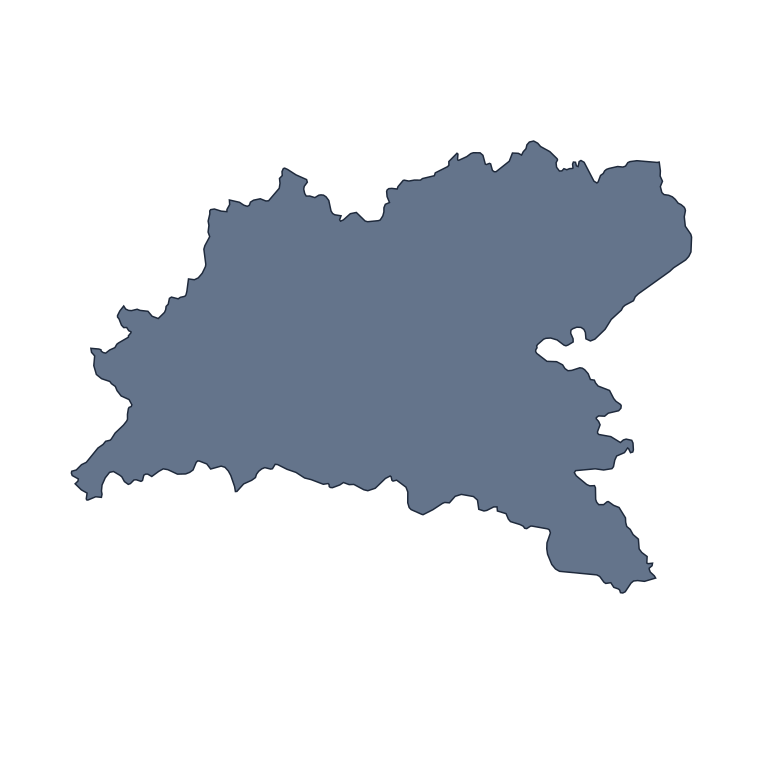 outline of Bihar, rotated 175°
{"feature_id": "IND-3258", "entity_name": "Bihar", "entity_type": "State", "adm_level": 1, "iso_a3": "IND", "parent_name": "India", "parent_adm1": "", "projection": "mercator", "projection_center": [85.594, 25.909], "detail": "fine", "context": "isolated", "style": "filled", "palette": "slate", "viewbox_px": 768, "rotation_deg": 175, "n_neighbors": 0, "source": "natural_earth", "source_scale": "10m", "svg_char_len": 6146}
<svg xmlns="http://www.w3.org/2000/svg" viewBox="0 0 768 768"><g transform="rotate(175 384 384)"><path d="M616.0,316.6L623.4,312.1L627.2,314.8L629.3,315.0L631.2,314.1L633.0,308.9L634.6,308.2L639.2,310.2L641.4,310.2L645.3,306.9L647.5,306.3L651.1,309.4L653.3,314.4L655.1,316.1L661.1,320.4L665.1,319.9L669.9,314.8L673.7,307.9L674.8,302.0L674.5,298.8L675.4,295.7L681.0,296.8L689.1,294.2L690.3,294.5L690.6,295.6L689.3,301.2L694.7,304.9L700.4,311.5L697.3,314.0L696.8,316.1L702.6,320.0L703.2,322.5L702.7,324.3L698.0,325.2L692.4,330.0L687.4,331.9L674.5,345.2L669.1,348.3L666.3,351.2L661.6,351.9L660.4,353.0L656.1,358.6L647.2,365.7L643.6,369.5L642.6,371.2L642.2,376.2L640.8,381.7L640.0,382.9L637.7,383.6L637.0,385.3L639.3,390.7L646.9,395.0L650.5,400.6L651.9,405.0L655.5,408.1L656.9,410.4L664.9,413.9L669.7,418.5L671.5,427.6L669.8,437.2L672.6,441.0L672.9,445.1L665.0,443.7L663.0,442.8L662.8,441.3L661.0,439.8L658.6,439.0L654.3,441.8L648.9,443.7L646.7,446.9L645.0,448.0L634.5,452.9L634.4,454.3L631.6,457.1L631.5,458.1L633.6,459.3L635.4,462.7L638.4,462.9L640.4,465.5L642.3,471.9L643.6,473.9L643.5,475.4L640.8,479.8L636.5,484.4L634.8,481.2L632.1,479.6L629.1,479.1L623.4,480.0L620.6,478.6L612.8,477.0L609.1,471.7L603.2,468.9L596.4,474.5L595.0,477.1L594.3,480.3L592.0,482.3L590.3,488.0L588.2,489.1L581.6,486.8L579.3,488.1L574.8,488.7L573.5,490.0L572.3,493.5L569.6,505.7L563.8,504.4L559.8,505.9L555.4,510.2L551.6,516.6L551.1,518.8L551.7,534.0L550.4,537.4L544.8,546.0L546.0,550.7L544.6,557.2L545.0,561.6L542.7,568.6L542.5,571.6L541.5,572.8L537.7,573.1L531.1,570.4L525.5,569.4L525.2,571.6L522.1,576.2L522.0,580.8L512.1,577.6L508.1,574.4L504.7,572.9L502.5,573.9L501.2,576.8L497.9,578.5L491.1,579.3L485.7,576.6L483.0,576.6L471.3,588.1L470.1,593.0L470.2,597.9L467.2,600.5L467.1,604.5L465.5,607.4L464.1,607.7L461.3,606.1L453.4,600.0L443.3,594.4L442.8,591.7L446.2,587.9L447.0,585.2L446.4,580.7L445.1,578.0L441.5,577.7L436.6,575.7L432.4,577.8L430.3,577.9L427.8,577.4L425.4,575.5L423.0,571.6L421.7,561.1L420.4,558.4L418.4,556.9L412.1,555.3L413.9,551.5L413.1,550.0L410.2,551.0L402.7,556.6L396.6,557.3L388.6,548.0L386.2,547.1L375.4,547.2L373.5,547.7L370.5,551.6L369.1,555.5L368.7,559.6L367.0,562.9L362.7,564.3L364.6,570.4L364.6,575.6L363.9,577.1L362.2,578.2L359.2,578.2L353.9,577.1L352.8,579.5L347.2,585.1L346.0,585.3L341.6,584.0L336.0,584.5L329.9,583.9L327.8,585.3L315.7,587.1L314.5,589.9L301.7,595.0L300.3,596.3L300.0,600.0L291.2,607.5L290.3,606.6L291.1,601.7L290.9,600.6L290.1,600.3L281.7,603.3L277.4,606.0L274.8,606.6L268.1,605.9L265.5,603.2L263.9,594.2L262.9,593.7L259.7,594.6L258.6,594.0L257.4,587.4L255.8,585.9L253.9,585.7L239.8,595.0L235.9,602.9L230.1,602.1L227.0,600.1L225.0,603.3L222.0,606.1L220.8,609.8L218.1,612.4L213.7,613.0L209.9,610.5L207.3,606.9L198.5,601.0L191.9,593.3L191.6,592.1L193.3,589.4L193.2,584.9L190.7,580.9L188.2,580.8L186.0,582.8L183.2,581.5L180.4,582.4L177.6,582.3L176.9,582.7L177.0,586.6L176.0,588.6L173.9,588.2L173.3,584.5L171.7,583.7L170.2,588.6L168.3,589.5L165.3,587.4L157.2,567.8L154.4,565.7L153.1,566.6L150.1,572.9L147.2,574.6L145.7,577.0L143.7,578.4L141.1,579.1L132.3,580.3L127.1,579.3L124.4,580.0L121.8,583.3L119.6,584.1L112.6,584.4L92.5,580.9L90.5,581.1L90.1,572.2L90.8,567.1L88.9,561.7L91.5,556.6L90.5,550.5L88.6,548.3L83.9,547.2L80.4,545.3L77.8,542.6L75.2,538.5L72.4,536.8L69.6,534.0L68.9,532.4L68.6,530.5L70.3,524.4L70.1,514.9L65.3,506.4L64.8,503.5L66.7,488.8L69.2,484.6L72.7,481.3L85.4,474.5L89.5,471.3L122.7,451.7L126.1,449.0L128.2,445.2L137.1,441.4L139.3,439.7L141.1,436.9L152.0,428.5L159.0,419.2L170.0,410.3L174.6,408.9L178.9,411.4L178.9,417.8L180.1,421.0L182.8,423.2L187.0,423.8L191.2,422.6L193.1,421.3L193.6,418.3L191.7,412.6L191.9,409.4L197.2,406.8L199.4,406.2L201.3,407.0L207.7,412.8L214.0,415.3L218.8,415.4L221.1,414.7L227.5,410.0L228.6,408.7L228.4,406.7L229.8,404.9L230.1,403.1L229.2,401.2L219.7,392.4L210.1,391.2L204.4,387.5L202.4,383.6L199.6,381.2L195.8,381.2L187.5,383.1L185.1,382.5L182.8,380.7L179.7,376.4L178.0,370.5L174.1,369.5L173.2,366.7L170.9,363.3L159.9,357.9L156.5,349.6L154.4,346.5L150.1,342.9L149.6,341.7L150.1,339.2L152.6,336.9L163.1,335.4L167.0,332.7L173.0,333.5L175.4,332.0L175.6,330.9L173.5,328.1L172.3,324.5L175.4,318.0L175.5,316.3L174.4,315.0L162.6,311.8L153.6,305.1L150.4,307.4L147.6,308.0L142.1,306.3L141.1,303.5L141.3,296.6L142.1,294.6L144.4,294.1L146.0,298.3L146.9,299.0L150.4,294.7L158.5,292.0L160.7,288.1L162.6,281.6L164.3,279.8L172.7,279.2L181.0,281.1L200.7,281.0L202.1,279.1L200.5,275.8L190.8,266.2L187.9,264.6L183.2,264.4L182.4,262.2L183.2,250.6L182.4,247.6L180.6,245.1L175.7,244.7L171.9,247.3L170.7,247.3L165.8,243.1L160.6,240.5L155.1,229.6L155.3,225.1L154.6,220.9L151.4,217.7L149.0,212.3L144.1,207.3L144.2,197.5L141.9,193.7L136.9,189.2L137.8,182.8L136.6,182.0L132.1,182.1L132.8,179.6L135.9,177.4L135.9,176.2L135.1,173.4L131.4,169.3L130.3,167.0L141.7,164.7L148.5,166.1L152.6,166.0L155.3,164.1L161.8,156.0L164.3,155.0L166.6,155.5L167.2,158.2L168.4,159.4L172.8,161.4L175.4,166.3L180.5,166.0L182.2,167.4L185.9,173.5L188.7,175.3L225.5,182.1L229.3,184.8L232.6,189.6L235.9,200.2L236.2,205.7L235.5,211.5L231.2,221.2L232.0,224.3L233.6,225.4L249.1,229.6L250.5,229.6L254.4,227.5L256.4,228.0L257.7,230.2L260.7,232.1L270.0,235.9L271.9,238.6L273.7,244.2L282.1,247.6L282.1,251.7L285.4,252.0L292.6,249.1L295.5,248.8L300.5,250.9L301.0,260.2L304.7,264.1L316.6,267.3L322.9,265.9L329.2,259.9L333.8,260.7L336.1,260.0L346.3,254.5L356.5,250.4L357.8,250.9L367.9,256.5L369.7,258.7L370.7,263.6L369.7,274.3L371.1,279.3L379.8,287.1L383.5,286.5L384.5,287.4L385.0,291.0L385.9,291.8L390.8,289.8L401.8,280.9L409.4,279.1L413.3,280.4L422.8,286.6L427.5,286.8L433.0,289.4L436.8,287.3L444.4,285.2L446.5,285.6L447.5,286.6L447.5,288.7L448.4,289.7L453.2,289.4L464.9,295.1L471.3,297.3L479.4,303.6L488.1,307.5L497.0,313.0L499.4,313.5L502.5,309.3L504.3,309.1L510.0,311.1L513.2,310.1L516.4,308.0L518.9,305.2L520.2,302.0L524.2,299.6L532.5,296.7L539.9,289.8L541.4,289.8L541.8,294.9L544.6,306.2L546.7,311.0L549.7,314.9L553.4,316.4L564.1,314.4L567.5,319.8L574.6,323.3L576.3,323.6L577.9,322.3L581.7,315.0L585.3,312.9L589.4,311.7L597.6,312.2L606.8,317.5L611.3,318.7L616.0,316.6Z" fill="#64748b" stroke="#1e293b" stroke-width="1.5"/></g></svg>